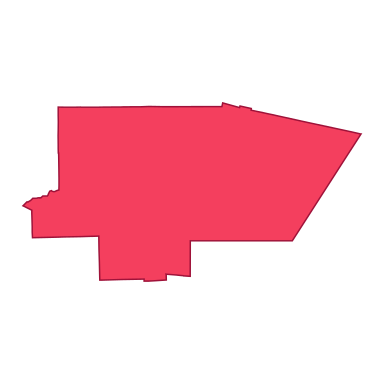 Presidente Roque Sáenz Peña, Córdoba, Argentina
{"feature_id": "61730980B59546711189461", "entity_name": "Presidente Roque Sáenz Peña", "entity_type": "district", "adm_level": 2, "iso_a3": "ARG", "parent_name": "Argentina", "parent_adm1": "Córdoba", "projection": "robinson", "projection_center": [-63.913, -34.182], "detail": "fine", "context": "isolated", "style": "filled", "palette": "rose", "viewbox_px": 384, "rotation_deg": 0, "n_neighbors": 0, "source": "geoboundaries", "source_scale": "gbopen_adm2", "svg_char_len": 3427}
<svg xmlns="http://www.w3.org/2000/svg" viewBox="0 0 384 384"><path d="M58.2,107.1L58.2,110.4L58.2,113.4L58.2,115.5L58.3,122.2L58.2,130.9L58.1,135.7L58.2,144.5L58.2,148.6L58.3,153.0L58.6,153.0L58.7,156.7L58.7,156.9L58.9,169.5L59.0,178.6L59.0,182.1L59.0,185.5L58.9,190.0L58.6,190.1L58.4,190.1L58.1,190.2L57.8,190.3L57.6,190.4L57.3,190.4L57.0,190.6L56.8,190.6L56.5,190.7L56.2,190.9L55.8,191.1L55.6,191.1L55.4,191.2L55.2,191.4L55.0,191.5L54.8,191.5L54.5,191.6L54.3,191.6L54.1,191.6L53.9,191.6L53.7,191.6L53.4,191.6L53.1,191.5L52.9,191.5L52.7,191.4L52.4,191.3L52.1,191.2L51.9,191.1L51.6,191.0L51.5,190.9L51.3,190.8L51.3,190.7L50.9,190.8L50.6,190.9L50.4,191.0L50.1,191.1L49.9,191.1L49.7,191.3L49.5,191.6L49.4,191.9L49.3,192.1L49.2,192.3L49.1,192.5L49.0,192.8L48.8,193.0L48.7,193.3L48.6,193.5L48.4,193.9L48.3,194.2L48.2,194.4L48.1,194.6L48.1,194.9L48.0,195.1L47.9,195.3L47.6,195.7L47.4,196.0L47.2,196.0L46.7,196.0L46.3,196.0L46.1,196.0L45.8,196.0L45.6,196.0L45.4,196.0L45.2,196.0L44.9,196.0L44.7,196.0L44.2,196.0L43.8,196.0L43.5,196.0L43.3,196.0L43.1,196.0L42.8,196.0L42.7,196.1L42.5,196.3L42.3,196.5L42.2,196.6L42.0,196.8L41.8,196.9L41.7,197.1L41.5,197.3L41.3,197.4L41.2,197.6L41.0,197.8L40.8,197.9L40.6,197.8L40.5,197.7L40.2,197.7L39.9,197.7L39.6,197.8L39.3,198.0L39.1,197.9L38.9,197.8L38.4,197.8L38.2,197.8L37.7,197.9L37.5,198.0L37.3,198.1L37.2,198.2L36.8,198.2L36.5,198.2L36.2,198.2L36.0,198.3L35.7,198.3L35.3,198.3L35.1,198.3L34.8,198.3L34.6,198.3L34.4,198.3L34.2,198.3L33.7,198.3L33.3,198.3L33.1,198.3L32.8,198.3L32.7,198.5L32.4,198.8L32.2,198.9L32.0,199.1L31.9,199.2L31.7,199.4L31.6,199.5L31.4,199.7L31.2,199.9L31.1,200.0L30.9,200.2L30.7,200.4L30.5,200.6L30.2,200.7L30.0,200.8L29.8,200.9L29.5,201.1L29.3,201.2L29.1,201.3L28.9,201.4L28.7,201.6L28.4,201.8L28.2,201.9L28.0,202.0L27.8,202.0L27.6,202.0L27.2,201.8L26.9,201.9L26.8,202.1L26.6,202.2L26.4,202.4L26.3,202.5L26.1,202.7L26.0,202.9L25.8,203.0L25.7,203.2L25.5,203.3L25.3,203.5L25.2,203.7L25.0,203.8L24.8,204.0L24.7,204.2L24.5,204.3L24.4,204.4L24.3,204.6L24.1,204.7L23.9,204.9L23.7,205.1L23.6,205.3L23.4,205.4L23.2,205.6L23.0,205.8L24.9,206.7L26.0,207.3L28.8,208.7L31.8,210.2L31.8,210.9L31.8,213.4L31.9,215.7L32.2,226.6L32.2,230.2L32.2,232.1L32.5,237.7L46.3,237.4L54.5,237.2L58.7,237.1L61.5,237.0L65.1,236.9L71.3,236.8L76.6,236.7L81.9,236.6L84.8,236.5L91.5,236.3L92.7,236.3L98.8,236.1L99.0,249.4L99.4,262.6L99.6,272.2L99.7,276.6L99.8,280.1L102.0,280.1L121.9,279.5L127.5,279.4L138.2,279.2L144.1,279.1L144.1,281.1L148.6,281.1L155.5,280.7L166.3,280.0L166.2,275.1L166.2,274.4L166.1,274.2L176.4,275.0L180.0,275.4L183.4,275.7L183.6,275.9L184.2,275.9L188.4,276.2L189.9,276.3L190.2,276.3L190.2,275.6L190.3,241.1L190.3,240.8L292.2,240.8L292.3,240.8L347.7,154.6L353.6,145.5L359.4,136.5L361.0,134.0L360.8,134.0L351.6,131.9L335.8,128.5L307.8,122.5L306.9,122.3L306.5,122.2L301.4,121.1L299.2,120.6L276.0,115.5L273.5,114.9L268.1,113.8L264.0,112.9L251.1,110.2L251.2,109.3L251.2,109.2L251.3,108.5L248.5,107.9L240.0,106.0L239.6,107.6L229.1,104.7L222.7,102.9L221.9,106.6L208.9,106.6L172.7,106.7L168.8,106.7L162.9,106.7L150.9,106.5L148.3,106.5L140.5,106.8L138.4,106.8L136.8,106.8L135.3,106.8L132.5,106.8L126.8,106.9L123.0,106.9L121.1,107.0L118.5,107.0L115.5,107.0L112.5,107.0L109.7,107.1L106.9,107.1L104.0,107.1L103.5,107.1L98.2,107.2L93.7,107.2L92.5,107.2L87.4,107.2L81.1,107.2L80.7,107.1L75.4,107.2L69.7,107.2L64.4,107.2L58.2,107.1Z" fill="#f43f5e" stroke="#9f1239" stroke-width="1.5"/></svg>